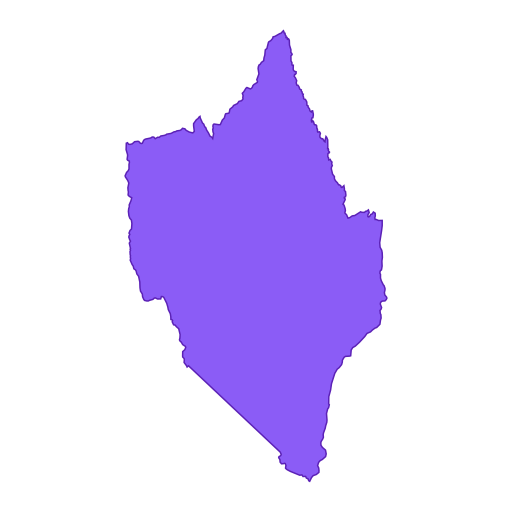 Capital, Catamarca, Argentina (Equal Earth projection)
{"feature_id": "61730980B81007798348630", "entity_name": "Capital", "entity_type": "district", "adm_level": 2, "iso_a3": "ARG", "parent_name": "Argentina", "parent_adm1": "Catamarca", "projection": "equal_earth", "projection_center": [-65.833, -28.409], "detail": "fine", "context": "isolated", "style": "filled", "palette": "violet", "viewbox_px": 512, "rotation_deg": 0, "n_neighbors": 0, "source": "geoboundaries", "source_scale": "gbopen_adm2", "svg_char_len": 6049}
<svg xmlns="http://www.w3.org/2000/svg" viewBox="0 0 512 512"><path d="M383.4,285.0L381.3,280.8L380.5,278.1L380.5,274.3L379.9,273.3L380.0,271.8L380.5,270.5L381.4,270.0L381.6,269.2L382.1,266.1L381.9,261.0L382.4,257.4L382.2,252.7L381.7,250.2L380.1,247.3L379.7,242.7L381.6,230.5L382.2,225.6L382.2,220.4L378.6,220.5L376.0,219.4L375.2,219.5L374.8,217.9L375.3,215.9L375.2,213.2L373.4,212.0L372.2,213.9L370.7,214.5L369.6,216.4L368.7,216.9L367.9,216.6L367.9,214.7L369.2,212.6L368.4,209.9L366.8,211.1L365.6,211.3L364.4,212.4L361.8,212.3L360.6,211.8L354.8,215.5L352.2,215.9L349.8,217.6L348.0,218.1L346.6,214.8L345.0,213.1L344.9,212.5L345.4,210.6L345.1,208.5L344.0,205.1L343.0,204.2L345.1,199.8L345.2,199.0L344.3,198.1L344.3,197.3L345.5,196.8L345.9,195.2L345.5,191.5L344.4,190.5L344.4,188.7L343.9,185.7L342.0,187.5L341.3,187.4L340.7,185.7L339.3,184.8L338.6,184.8L337.4,182.8L335.6,180.9L334.6,179.2L334.4,178.4L334.4,176.5L332.6,174.2L331.3,168.8L331.5,167.0L332.3,165.7L331.7,163.8L332.0,162.1L330.8,160.8L330.2,159.4L328.7,159.9L328.5,157.7L327.8,156.7L327.9,153.8L328.5,153.0L329.3,152.8L329.5,152.1L328.4,150.7L328.2,150.1L328.5,149.6L328.2,148.6L327.6,148.6L327.8,146.6L327.7,139.9L326.7,137.4L326.0,136.5L325.2,139.8L325.0,141.8L324.2,141.2L322.7,138.7L322.0,138.9L320.5,137.9L320.0,137.2L319.8,135.7L320.4,133.3L319.5,131.8L317.8,132.1L317.5,131.6L317.5,130.0L317.3,128.9L316.9,128.7L316.6,125.6L315.8,124.8L314.8,124.8L314.3,124.4L313.5,121.7L312.8,120.8L312.3,121.8L311.6,121.9L311.4,120.2L311.6,119.0L312.1,117.8L312.9,117.7L313.3,115.3L313.3,114.1L312.6,110.8L312.0,110.8L311.3,112.0L310.1,111.0L309.7,110.2L309.7,109.3L308.1,107.0L308.1,105.9L306.9,105.2L306.8,102.1L306.5,101.4L305.4,99.4L304.5,99.3L303.6,98.6L303.6,97.3L303.0,95.7L303.3,94.2L302.4,93.8L302.0,91.7L301.2,90.9L301.3,89.9L299.6,88.9L299.2,87.2L298.0,85.3L296.8,85.1L296.2,82.8L296.7,80.7L295.4,77.8L294.2,76.3L294.6,74.5L295.2,74.5L296.1,73.5L296.1,71.7L294.5,71.3L293.6,70.4L293.2,69.4L293.3,65.2L292.3,65.2L292.0,64.9L291.9,62.5L291.0,60.9L290.9,55.9L292.1,54.6L291.8,53.4L290.9,52.5L290.9,49.7L289.5,45.1L289.3,40.2L288.6,38.9L287.8,39.4L287.2,39.0L287.4,38.2L287.0,37.4L286.0,37.5L286.1,36.1L285.2,34.8L285.0,33.2L284.2,33.0L283.8,31.4L283.4,30.7L280.9,33.3L279.6,33.7L274.9,36.4L273.1,36.8L272.6,38.5L270.8,40.6L268.8,41.8L268.4,42.5L266.9,48.5L265.3,49.8L264.8,55.1L264.0,57.9L263.7,60.7L261.4,62.4L260.2,64.3L259.0,65.0L258.3,66.9L258.1,68.6L258.9,73.9L256.8,79.7L257.5,81.5L257.3,82.4L253.8,84.6L252.8,85.8L252.3,87.3L251.5,88.3L250.4,88.9L246.9,87.5L245.9,88.3L243.7,91.9L242.3,93.3L243.1,95.6L242.8,97.4L243.0,99.0L241.6,100.7L238.9,101.4L237.4,103.6L233.5,105.5L232.8,106.8L229.9,109.2L229.3,112.3L228.8,113.2L225.8,113.7L225.4,114.2L224.3,118.0L222.3,120.1L220.3,124.6L218.8,124.7L214.0,124.0L213.1,124.9L212.9,126.3L213.2,128.1L212.7,129.2L212.8,129.9L213.0,131.9L213.6,133.5L212.7,138.5L211.9,137.3L210.0,136.1L208.5,133.0L206.6,130.0L205.7,127.5L205.2,127.3L204.3,125.8L203.8,124.2L202.5,123.0L200.2,117.9L200.0,116.4L199.0,117.1L198.0,118.6L196.4,119.7L193.6,123.6L193.6,125.9L194.3,131.4L192.8,132.9L189.4,132.1L186.1,130.3L184.9,128.8L182.5,128.3L181.4,129.6L180.1,130.4L176.8,130.9L175.4,131.7L174.1,131.8L171.1,133.4L166.6,134.2L166.0,134.8L164.3,135.4L160.8,136.0L159.2,137.4L157.8,137.2L155.2,138.7L153.8,137.1L152.2,137.0L150.7,138.0L145.8,139.0L144.4,139.6L143.6,140.5L142.3,143.3L141.6,143.5L140.4,143.3L138.8,141.5L137.9,141.3L134.6,141.7L132.3,143.8L130.2,144.4L128.5,144.2L127.5,142.7L126.3,143.2L126.1,149.7L127.5,154.4L127.6,155.6L127.1,159.3L127.6,160.2L129.3,161.1L129.4,162.6L129.0,164.3L129.0,168.9L128.2,170.7L126.6,172.4L125.1,175.8L125.4,176.9L127.7,180.4L128.8,183.0L127.9,187.7L128.1,190.7L128.4,191.8L128.1,194.8L128.3,195.4L129.5,196.5L131.7,197.7L131.1,200.4L129.2,204.9L129.3,206.9L128.7,208.5L128.4,211.5L128.9,215.7L129.8,218.2L131.4,220.1L131.9,223.6L131.5,229.0L130.0,230.5L129.0,233.1L129.8,234.3L128.9,236.2L128.9,237.7L129.3,238.3L129.6,239.6L130.5,241.1L129.3,243.1L130.5,248.6L130.1,249.2L130.5,250.2L130.0,251.6L130.2,254.9L130.5,255.5L130.3,257.0L130.6,258.8L130.2,260.1L132.1,264.5L133.2,266.1L133.9,268.8L135.5,269.9L136.1,271.0L136.9,274.0L138.6,276.3L139.8,282.0L140.0,287.8L140.5,291.1L142.3,294.0L142.6,296.8L143.7,299.3L144.5,300.4L147.0,301.0L148.6,300.9L149.3,300.4L152.9,299.4L154.3,298.1L155.4,297.9L157.5,299.0L160.7,298.9L161.4,296.5L162.6,296.6L163.8,297.4L166.7,303.2L167.8,306.9L168.3,309.6L170.3,313.7L170.8,316.7L170.9,319.5L172.0,319.8L172.6,320.5L172.2,321.8L173.6,324.8L175.1,325.1L176.4,326.7L178.7,328.7L180.1,334.6L179.9,338.2L179.5,339.5L179.6,340.3L180.3,341.4L181.1,341.9L182.7,344.6L185.4,346.4L185.6,346.9L185.7,347.5L184.8,349.7L182.7,351.6L182.6,356.0L182.7,357.0L184.1,358.5L184.3,359.7L184.1,362.5L186.5,365.7L187.1,367.0L188.5,365.8L280.2,452.1L281.2,454.3L281.1,454.8L280.5,455.8L279.0,456.6L278.7,457.7L279.9,459.6L280.1,462.1L281.5,463.8L283.2,463.7L284.6,463.3L285.3,463.6L286.0,465.8L285.6,467.1L285.6,468.4L287.2,469.7L290.4,471.4L299.7,475.2L301.9,474.9L303.0,476.5L305.6,476.4L306.4,478.1L307.9,478.7L308.8,480.8L309.7,481.3L311.5,477.6L313.2,475.6L316.3,474.5L318.9,472.4L319.0,470.5L318.7,467.9L317.6,465.7L318.6,462.4L320.2,460.6L322.3,459.5L325.6,456.6L326.2,453.9L325.5,450.1L322.4,447.4L321.0,445.3L320.8,442.9L321.2,441.4L322.7,439.0L323.4,437.3L323.2,434.6L323.5,432.9L325.2,428.3L325.7,425.7L326.8,422.3L327.0,420.1L326.5,413.5L327.7,408.8L328.6,407.7L329.3,404.7L328.7,403.9L328.8,396.6L330.6,390.0L331.5,383.7L334.8,373.3L337.2,369.2L339.2,367.6L341.6,364.6L342.3,362.2L342.4,360.2L344.1,357.3L345.4,356.4L349.6,356.1L350.7,355.8L351.2,350.0L352.7,347.6L355.3,346.1L359.6,342.1L364.8,336.5L367.0,333.4L370.5,331.9L372.4,330.0L375.0,328.1L376.7,327.5L379.9,324.3L380.5,320.1L381.1,318.1L380.9,314.7L380.3,313.5L380.0,310.4L380.9,309.5L381.6,307.6L380.3,304.1L380.4,303.0L381.2,301.7L382.3,301.1L385.0,300.9L386.3,299.5L386.9,298.1L386.5,297.0L384.8,294.9L384.4,292.5L385.0,289.9L385.0,288.4L384.0,285.5L383.4,285.0Z" fill="#8b5cf6" stroke="#5b21b6" stroke-width="1.5"/></svg>